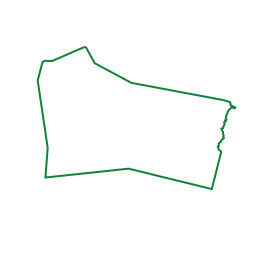 Niefang, Centro Sur, Equatorial Guinea, rotated 104°
{"feature_id": "11065452B28626668585382", "entity_name": "Niefang", "entity_type": "district", "adm_level": 2, "iso_a3": "GNQ", "parent_name": "Equatorial Guinea", "parent_adm1": "Centro Sur", "projection": "albers", "projection_center": [10.119, 1.88], "detail": "fine", "context": "isolated", "style": "outline", "palette": "green", "viewbox_px": 256, "rotation_deg": 104, "n_neighbors": 0, "source": "geoboundaries", "source_scale": "gbopen_adm2", "svg_char_len": 1477}
<svg xmlns="http://www.w3.org/2000/svg" viewBox="0 0 256 256"><g transform="rotate(104 128 128)"><path d="M196.0,196.1L167.3,117.6L167.2,84.2L167.0,31.9L128.9,31.8L128.2,32.3L127.8,32.7L127.7,33.0L127.5,33.5L127.4,33.9L127.3,34.1L127.0,34.7L126.7,35.0L126.0,35.4L125.5,35.5L125.1,35.9L124.7,36.2L124.4,36.4L124.1,36.2L124.0,35.8L123.5,35.5L123.1,35.7L122.5,36.0L121.3,36.2L120.8,36.0L120.5,35.6L119.9,35.4L119.2,35.0L118.6,34.4L118.1,34.3L117.5,34.5L116.9,34.4L116.1,33.7L115.8,33.3L115.2,33.1L115.0,32.7L114.5,32.5L114.0,33.0L113.6,33.4L113.1,33.3L112.4,33.2L112.0,33.4L111.5,33.9L108.7,35.0L108.3,35.4L107.7,36.0L107.4,36.5L106.8,36.8L106.4,36.8L106.0,37.2L105.7,37.0L105.7,36.6L105.6,36.1L105.2,35.8L104.5,35.6L103.9,35.8L103.3,35.8L102.7,35.6L102.2,35.4L101.6,35.2L101.1,35.2L100.6,35.4L99.6,36.0L99.4,35.7L98.7,35.6L98.2,35.6L98.3,35.5L98.3,35.2L98.0,34.9L97.7,35.0L97.3,35.0L97.1,34.8L96.8,34.6L96.4,34.5L95.9,34.6L95.4,35.2L94.3,35.5L93.4,35.6L92.5,35.6L91.6,35.6L90.6,35.4L89.7,35.0L88.5,35.0L86.9,34.8L85.7,34.1L84.6,33.5L83.7,33.2L83.1,32.6L82.9,31.8L83.0,30.8L83.0,29.8L82.9,29.0L82.4,28.9L82.1,28.9L82.1,29.2L82.1,30.0L81.9,30.7L81.7,31.2L81.4,32.5L81.2,33.2L81.2,33.8L80.1,34.5L79.4,34.5L79.0,34.7L78.6,35.0L78.2,35.3L78.2,35.8L77.8,41.3L80.5,86.3L80.5,86.5L83.4,135.7L73.2,176.0L60.0,188.2L60.0,189.3L60.1,190.0L66.2,198.1L81.4,217.9L83.0,225.2L84.6,226.9L103.8,227.1L146.6,209.4L166.8,201.1L196.0,196.1Z" fill="none" stroke="#15803d" stroke-width="2"/></g></svg>